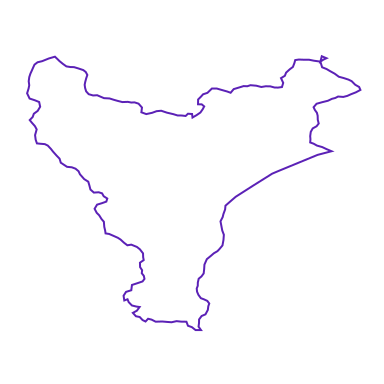 outline of Dário Meira, Bahia, Brazil, rotated 91°
{"feature_id": "56859067B24603419273590", "entity_name": "Dário Meira", "entity_type": "district", "adm_level": 2, "iso_a3": "BRA", "parent_name": "Brazil", "parent_adm1": "Bahia", "projection": "robinson", "projection_center": [-39.99, -14.392], "detail": "fine", "context": "isolated", "style": "outline", "palette": "violet", "viewbox_px": 384, "rotation_deg": 91, "n_neighbors": 0, "source": "geoboundaries", "source_scale": "gbopen_adm2", "svg_char_len": 3343}
<svg xmlns="http://www.w3.org/2000/svg" viewBox="0 0 384 384"><g transform="rotate(91 192 192)"><path d="M61.0,337.5L63.8,344.1L65.0,348.7L67.4,351.7L70.1,352.9L73.7,354.4L76.4,355.6L79.9,356.7L84.1,357.2L88.1,356.6L91.4,357.2L96.2,358.6L101.4,356.0L103.0,350.8L104.7,346.4L109.4,345.3L113.6,347.7L116.5,351.5L119.8,352.6L122.9,355.5L125.3,353.5L128.9,350.2L132.1,348.4L137.9,349.9L142.5,349.2L146.1,347.9L146.4,344.6L146.7,340.0L148.1,337.0L151.4,333.8L154.0,331.7L157.9,328.1L161.0,325.0L165.0,323.7L169.0,317.4L169.4,312.6L170.7,308.9L173.2,305.8L176.3,304.3L181.0,300.0L183.5,295.9L187.3,294.7L191.3,293.6L194.3,290.1L193.9,285.3L194.9,281.9L197.8,280.2L200.0,276.6L203.1,277.5L204.8,282.0L206.3,286.7L210.5,289.1L214.5,286.9L216.9,284.4L220.6,282.0L223.3,279.6L228.4,279.1L231.9,278.2L234.9,277.7L235.4,274.1L237.4,269.3L239.1,265.3L240.8,262.6L243.9,259.1L246.4,255.7L245.7,251.8L247.9,246.1L250.2,243.1L254.2,239.9L258.1,239.7L260.9,239.1L263.6,242.8L268.0,242.6L271.1,240.5L274.1,240.8L276.7,238.7L279.7,238.0L282.3,239.9L284.2,245.2L286.0,250.4L291.3,251.0L293.0,256.2L296.9,258.6L301.6,257.8L300.4,254.6L303.2,253.4L306.5,250.1L307.5,245.7L307.9,242.4L311.6,245.0L313.9,249.0L317.2,245.9L317.9,242.1L320.9,239.2L322.3,236.2L319.5,233.7L320.3,230.2L322.3,226.1L322.0,219.4L322.3,215.2L322.6,210.2L321.4,205.2L321.8,200.6L321.8,195.3L325.8,193.7L327.1,189.8L330.0,186.0L329.9,180.6L326.5,183.1L322.9,182.7L319.3,182.7L315.8,180.2L314.1,176.4L309.6,174.1L305.9,173.7L303.2,172.8L300.6,174.8L299.1,178.2L298.0,181.3L294.7,183.8L291.6,185.2L288.4,185.6L285.7,184.6L282.5,184.6L278.6,183.8L276.3,181.1L273.2,178.9L269.0,178.5L264.4,178.3L258.9,176.0L255.5,172.0L252.9,169.1L250.7,165.5L248.5,163.5L244.9,160.6L239.4,159.7L234.2,159.4L229.9,161.1L225.6,162.0L220.8,163.0L216.6,160.9L213.5,160.2L208.9,158.6L205.1,158.3L199.3,151.9L196.0,148.2L184.9,131.5L172.3,112.2L169.7,106.4L152.7,67.1L148.8,53.2L146.7,58.4L144.8,62.6L143.4,67.9L141.6,71.2L140.4,74.7L137.2,74.5L134.1,74.8L129.8,74.3L126.3,72.4L124.1,68.6L121.3,66.5L117.7,67.5L113.5,67.7L110.6,68.5L107.8,70.6L105.1,71.9L101.6,69.0L99.9,63.3L98.4,57.7L96.4,53.7L95.5,50.4L94.0,47.6L94.3,42.4L93.2,38.4L91.5,34.8L89.5,29.9L87.0,25.4L84.1,26.7L81.9,30.7L78.4,34.3L76.9,37.5L75.4,42.4L74.2,47.2L71.2,51.4L68.7,56.1L66.7,59.6L65.0,64.1L59.4,65.9L58.6,72.4L57.7,77.3L57.8,82.6L57.7,87.5L58.3,91.1L61.4,91.9L65.2,93.3L67.6,96.4L71.0,100.0L74.2,101.2L76.6,105.0L81.3,102.7L85.5,103.9L86.1,107.8L86.1,111.2L85.0,115.6L85.0,120.2L85.8,124.5L84.6,129.6L84.2,135.4L85.3,138.6L85.2,142.2L86.7,146.8L88.4,152.1L92.1,155.1L90.9,158.6L89.1,165.4L88.1,169.1L88.2,173.9L92.6,178.3L94.1,182.6L96.5,184.7L99.4,187.5L104.2,187.5L104.2,183.8L106.2,181.3L109.0,182.7L112.4,185.0L115.1,188.8L117.5,192.8L114.0,193.3L113.8,197.4L116.1,199.7L115.7,203.6L115.7,207.8L114.5,212.0L113.1,218.5L111.3,224.2L111.8,228.8L113.5,233.2L114.9,239.1L113.2,244.0L108.4,243.5L104.6,247.0L103.4,251.0L103.6,254.3L103.0,257.7L103.3,263.2L102.2,267.9L101.2,271.7L99.9,276.1L99.7,281.6L98.3,285.1L96.9,288.5L97.2,292.6L96.0,297.0L93.2,299.6L89.8,300.7L86.7,301.2L83.9,300.7L80.3,299.8L76.8,298.7L73.9,300.3L72.0,302.8L70.4,307.9L69.2,312.2L69.2,315.6L68.6,319.8L66.1,323.4L63.4,326.8L61.3,329.0L59.1,331.4L61.0,337.5ZM59.4,65.9L57.4,63.0L55.9,59.9L54.0,64.6L59.4,65.9Z" fill="none" stroke="#5b21b6" stroke-width="2"/></g></svg>